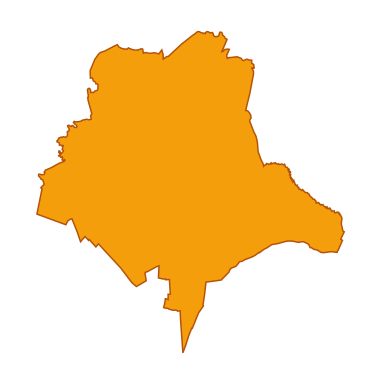 the district of Acas, Satu Mare, Romania, rotated 273°
{"feature_id": "2599482B53460210848238", "entity_name": "Acas", "entity_type": "district", "adm_level": 2, "iso_a3": "ROU", "parent_name": "Romania", "parent_adm1": "Satu Mare", "projection": "natural_earth1", "projection_center": [22.756, 47.519], "detail": "fine", "context": "isolated", "style": "filled", "palette": "amber", "viewbox_px": 384, "rotation_deg": 273, "n_neighbors": 0, "source": "geoboundaries", "source_scale": "gbopen_adm2", "svg_char_len": 5979}
<svg xmlns="http://www.w3.org/2000/svg" viewBox="0 0 384 384"><g transform="rotate(273 192 192)"><path d="M151.6,344.8L152.6,343.0L160.2,346.1L160.7,344.9L161.0,344.8L168.0,342.7L173.0,343.1L174.2,342.9L176.4,341.7L177.0,341.3L176.8,341.1L177.0,340.7L177.6,340.8L177.6,340.4L178.2,340.2L178.3,339.8L179.2,339.8L179.5,338.8L179.2,337.1L178.7,336.9L178.8,335.6L179.4,335.2L180.5,335.1L180.3,334.6L180.5,333.8L180.2,332.8L180.3,332.4L183.1,330.7L183.1,330.1L182.4,329.7L182.8,329.0L182.4,328.4L182.9,328.0L184.2,327.7L184.1,327.3L183.2,326.9L183.2,326.2L184.2,326.0L184.3,325.3L184.9,324.3L186.3,323.4L186.0,322.7L186.2,322.2L185.7,321.5L186.3,321.1L186.4,320.2L187.5,319.6L188.1,318.9L188.1,318.4L187.8,318.0L187.4,316.6L187.9,316.4L189.2,316.4L189.8,316.0L190.4,315.1L191.2,314.7L191.1,313.2L192.5,312.2L194.2,309.9L195.8,309.2L196.3,308.1L197.1,307.7L197.4,307.0L197.4,305.4L198.5,303.8L199.2,303.4L200.2,302.2L199.2,301.6L200.6,299.6L200.4,298.8L202.3,298.2L202.3,297.3L203.1,297.1L203.6,296.6L204.3,296.8L204.3,295.0L207.8,293.5L208.0,293.1L207.6,292.7L209.2,293.0L209.2,292.3L208.3,291.6L208.4,291.3L208.7,291.1L210.5,291.2L210.4,290.2L210.5,289.8L210.9,289.8L211.2,290.5L211.4,290.5L212.0,290.0L211.9,289.4L213.0,289.3L213.8,288.7L214.1,289.6L214.4,289.7L214.5,289.5L214.3,289.1L215.1,288.8L214.8,288.3L215.7,288.9L216.5,288.9L216.6,289.4L216.8,289.4L217.3,289.1L216.9,288.7L217.5,288.5L217.0,287.9L217.1,287.6L219.4,287.8L219.0,286.8L219.4,286.8L220.0,287.2L220.4,287.0L221.0,286.0L221.7,285.6L221.7,284.4L222.1,283.9L222.8,283.5L223.8,283.5L224.6,282.9L223.9,281.8L224.5,280.8L224.7,279.8L224.0,278.6L224.0,277.6L224.2,277.1L224.7,277.0L224.2,276.1L225.0,274.3L225.6,273.8L225.4,273.2L224.8,273.1L225.1,271.7L224.7,271.3L224.3,270.0L224.4,269.7L225.1,269.8L225.3,269.6L224.9,269.2L224.1,269.2L224.1,268.1L223.5,267.1L223.7,266.7L224.1,266.4L224.1,265.6L224.4,264.8L223.2,264.5L222.4,263.2L222.7,262.5L221.8,262.2L224.8,261.1L227.3,259.5L235.8,255.9L244.3,254.8L247.8,254.0L251.2,252.9L255.5,250.5L265.7,245.9L267.3,246.1L268.9,247.1L272.1,246.5L272.8,245.8L273.9,245.4L275.7,243.7L276.2,242.4L276.2,241.3L293.6,244.6L313.6,247.3L316.4,246.9L318.8,245.1L319.2,245.6L318.8,247.1L318.9,247.5L319.8,247.6L322.0,246.9L322.5,247.0L323.8,244.8L326.7,244.8L326.8,242.3L327.5,239.7L325.9,236.5L326.3,235.5L328.1,234.0L329.3,230.3L329.2,228.4L328.4,224.3L328.4,223.2L327.9,221.2L327.3,220.7L327.6,220.0L330.4,219.5L336.4,221.8L336.6,220.3L336.1,217.5L334.2,215.6L333.8,214.5L346.2,219.0L346.5,218.8L347.0,217.3L347.6,216.8L348.6,216.5L349.8,214.7L352.2,213.8L352.8,213.3L353.1,212.7L353.1,211.6L351.6,210.9L350.6,211.0L349.3,210.4L348.6,208.9L348.3,206.9L349.1,205.5L351.6,204.7L352.3,203.9L352.3,203.2L351.7,202.2L352.9,199.7L353.0,198.9L352.3,197.5L350.8,196.9L351.4,195.6L350.9,194.6L351.6,193.4L351.6,192.4L352.4,191.3L352.5,189.5L351.5,187.9L350.5,187.2L348.7,184.7L339.4,174.1L326.2,161.3L326.0,161.0L326.0,160.0L324.9,158.2L323.9,157.4L323.3,156.3L327.6,156.0L332.3,154.4L328.2,151.7L329.0,147.9L329.0,146.2L328.5,144.8L328.3,141.9L328.9,138.3L328.1,136.2L332.1,135.3L332.4,134.5L332.3,133.7L331.0,130.5L330.7,128.1L331.0,125.4L332.1,121.9L332.6,120.9L331.2,119.7L331.4,115.6L332.0,113.5L332.9,111.6L333.5,111.0L335.2,109.8L333.9,107.1L328.3,97.7L326.4,93.0L324.7,91.4L319.5,88.1L307.8,83.9L300.3,84.6L300.7,86.0L300.5,86.7L297.8,87.6L297.3,88.9L296.8,89.4L295.8,90.2L294.9,90.5L295.2,91.5L294.4,92.5L289.6,92.6L288.6,92.0L287.6,89.6L286.1,88.4L286.3,87.0L286.0,85.6L288.7,85.3L290.1,84.3L290.1,83.7L289.7,82.8L288.5,82.2L282.7,83.4L281.4,83.4L281.0,82.9L277.9,83.5L265.3,87.7L264.3,87.6L263.0,86.8L259.4,87.5L258.7,85.5L259.1,83.2L259.0,82.1L258.5,81.1L258.2,79.3L256.8,77.1L256.1,73.7L256.0,71.7L256.4,70.7L255.5,70.0L255.1,70.0L253.7,71.4L252.5,73.2L251.6,73.7L250.8,73.5L250.4,73.1L250.2,72.1L250.6,71.0L251.4,70.5L252.1,69.3L252.1,68.7L251.3,68.3L251.1,67.9L251.2,67.3L252.2,65.7L252.0,64.7L251.6,64.3L251.2,64.3L249.1,65.8L247.5,66.2L246.5,65.7L245.9,64.5L245.6,64.3L242.3,64.7L241.4,64.4L240.3,63.3L240.0,62.5L240.5,61.1L239.8,59.2L240.0,58.4L239.4,57.6L239.1,56.4L237.5,55.7L235.8,54.4L234.9,54.7L234.5,56.5L233.5,56.9L231.8,57.2L232.2,58.2L231.2,59.5L231.8,60.6L231.6,60.9L227.7,60.1L227.4,60.2L226.9,61.3L226.3,61.5L225.2,60.9L224.3,59.9L223.4,59.4L223.6,58.7L225.9,57.9L226.1,57.3L225.9,56.9L224.5,56.9L222.5,58.6L221.9,58.4L221.5,57.1L221.2,56.9L221.0,57.1L220.8,58.4L219.7,59.1L220.2,60.7L219.5,61.0L217.8,60.6L217.1,60.7L216.8,61.7L217.7,63.0L217.3,63.4L216.6,63.3L216.3,63.2L215.7,62.3L213.6,57.6L209.0,50.3L206.2,44.6L204.3,43.4L204.2,43.9L203.5,44.1L202.5,43.8L201.8,43.3L201.5,42.2L201.4,40.9L201.8,38.8L201.8,38.2L201.4,37.9L200.6,37.9L199.6,38.3L197.9,40.1L196.8,40.7L196.4,41.9L196.0,42.5L192.0,43.9L191.4,43.6L189.7,41.8L188.4,40.9L188.0,41.1L187.7,42.0L186.9,42.0L161.8,38.3L152.7,67.8L156.1,69.2L156.8,69.7L158.2,71.6L159.0,73.5L145.8,79.6L136.5,83.3L141.9,87.5L138.3,91.2L139.2,91.8L132.1,98.9L135.3,101.3L112.4,124.8L98.3,136.7L94.7,141.4L100.9,150.9L108.4,149.4L109.3,149.6L110.2,151.8L115.5,160.4L116.5,162.9L104.4,163.0L103.6,167.7L103.7,170.2L103.0,170.3L103.4,174.0L88.8,175.7L88.6,173.5L83.3,173.8L84.0,171.7L84.0,171.0L79.5,170.6L75.1,169.7L74.6,171.6L74.5,174.1L73.9,175.0L72.9,179.0L73.2,181.1L73.0,182.8L72.3,183.8L72.7,186.4L63.6,187.3L30.9,191.3L38.9,193.8L49.2,196.5L56.0,198.9L55.8,199.4L71.7,204.9L78.9,209.4L79.7,208.9L89.9,209.9L102.7,210.7L105.6,225.8L113.8,233.0L115.7,233.6L117.5,234.6L118.4,236.0L119.5,238.6L120.3,239.9L122.2,241.4L124.8,243.1L125.1,243.7L125.1,244.7L125.4,245.5L127.3,248.5L129.7,254.1L131.0,256.7L132.7,259.2L135.1,261.8L134.7,262.2L138.9,267.4L140.3,270.0L142.7,273.1L143.7,274.7L144.9,280.1L147.7,288.6L148.1,291.1L148.2,295.3L147.5,299.4L147.3,301.2L148.0,304.0L148.2,305.9L146.3,310.5L144.9,311.8L142.7,312.8L142.6,314.3L141.8,315.5L141.1,316.9L140.6,320.0L138.4,324.1L138.3,326.7L139.7,334.0L139.3,340.1L140.6,340.3L141.2,340.9L151.6,344.8Z" fill="#f59e0b" stroke="#b45309" stroke-width="1.5"/></g></svg>